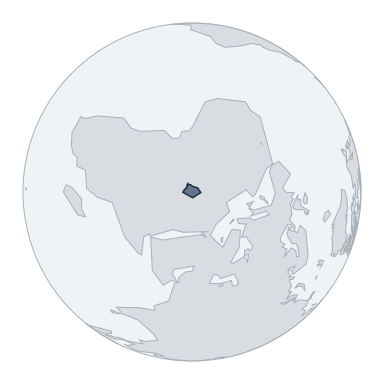 Ennedi highlighted on a globe, orthographic projection, rotated 120°
{"feature_id": "TCD-5579", "entity_name": "Ennedi", "entity_type": "Préfecture", "adm_level": 1, "iso_a3": "TCD", "parent_name": "Chad", "parent_adm1": "", "projection": "orthographic", "projection_center": [22.297, 18.351], "detail": "fine", "context": "on_globe", "style": "filled", "palette": "slate", "viewbox_px": 384, "rotation_deg": 120, "n_neighbors": 0, "source": "natural_earth", "source_scale": "10m", "svg_char_len": 9821}
<svg xmlns="http://www.w3.org/2000/svg" viewBox="0 0 384 384"><g transform="rotate(120 192 192)"><circle cx="192" cy="192" r="169" fill="#eef3f6" stroke="#a8b0b8"/><path d="M166.8,24.9L164.1,25.4L143.1,30.5L145.2,30.1L138.6,32.4L138.5,33.0L134.6,34.3L138.0,33.7L141.6,32.5L144.2,32.0L144.5,32.3L139.6,33.8L138.7,33.9L137.5,34.6L134.9,35.2L136.3,35.1L130.3,37.2L136.7,35.8L132.2,38.1L128.1,39.4L128.1,38.3L118.5,40.3L114.3,42.2L108.5,45.3L98.6,52.7L94.2,55.5L88.5,60.0L91.1,58.6L96.5,54.7L99.9,53.7L106.0,49.7L108.3,48.9L114.8,45.5L114.3,47.2L110.3,50.8L104.9,53.8L103.0,55.7L108.5,54.1L98.8,61.6L93.1,70.1L90.6,72.2L84.9,73.3L83.9,69.5L76.6,72.9L81.8,72.1L75.3,78.3L74.4,80.1L75.1,80.9L77.7,79.2L75.6,81.9L69.6,83.1L71.5,80.7L73.3,80.2L72.8,78.7L68.8,80.5L65.8,83.9L62.8,84.4L60.7,87.0L58.8,88.9L62.5,84.5L55.9,92.7L52.8,96.3L60.3,86.2L68.5,76.7L77.4,67.8L87.0,59.6L97.1,52.2L107.8,45.5L118.9,39.7L130.4,34.7L142.3,30.5L154.5,27.3L166.8,24.9ZM27.4,153.8L27.1,155.0L27.4,153.8ZM26.0,160.7L27.0,156.2L25.9,162.2L26.8,167.5L26.3,169.1L26.8,185.0L30.3,195.2L31.1,203.3L30.4,206.9L32.3,210.1L32.4,212.9L42.6,224.8L50.1,235.7L51.4,245.4L48.1,253.4L52.1,274.1L48.0,276.0L51.7,284.0L56.7,293.1L56.1,292.4L49.0,281.9L42.7,271.0L37.2,259.6L32.5,247.9L28.8,235.8L26.0,223.5L24.1,211.0L23.2,198.4L23.2,185.8L24.1,173.2L26.0,160.7ZM35.1,129.4L34.5,130.8L34.6,130.5L35.1,129.4ZM114.6,44.9L114.7,45.2L113.5,45.7L114.6,44.9ZM117.4,43.3L115.9,43.6L117.0,42.9L117.9,42.7L117.4,43.3ZM119.0,43.1L119.1,41.7L121.0,40.5L126.0,39.0L119.0,43.1ZM142.6,32.0L138.8,33.3L141.6,31.9L142.6,32.0ZM143.7,31.3L148.7,28.8L154.5,27.5L151.7,28.4L158.9,26.7L159.2,27.1L155.3,28.2L151.5,28.9L154.6,28.6L143.7,31.3ZM211.8,24.2L212.2,24.3L210.4,24.1L211.8,24.2ZM145.5,31.7L146.0,31.1L151.0,29.8L150.9,30.7L149.3,30.8L145.5,31.7ZM160.6,26.1L164.3,25.5L165.6,25.7L167.2,25.5L159.7,27.0L160.6,26.1ZM148.4,31.3L150.8,31.2L148.7,32.2L145.4,32.1L148.4,31.3ZM152.4,29.2L154.7,28.7L153.4,29.2L152.4,29.2ZM142.7,36.4L143.2,35.5L145.8,34.7L142.7,36.4ZM151.8,31.1L152.5,30.8L153.6,30.4L154.7,30.6L151.8,31.1ZM161.2,27.2L160.9,27.5L164.3,26.5L165.4,26.9L160.2,27.9L162.9,27.6L163.3,27.8L158.6,28.5L161.2,27.2ZM159.2,29.9L152.9,31.8L151.4,33.5L149.0,34.2L151.9,31.4L159.2,29.9ZM159.3,29.0L158.7,29.7L156.0,30.0L154.7,29.8L159.3,29.0ZM168.0,26.8L167.7,26.0L168.8,25.8L168.0,26.8ZM159.3,30.3L160.8,29.8L159.5,30.4L159.3,30.3ZM165.9,27.7L165.7,27.4L167.0,27.2L165.9,27.7ZM164.0,29.4L162.0,29.9L161.1,29.7L164.0,29.4ZM165.3,28.5L167.2,28.4L162.0,29.3L165.0,28.4L165.3,28.5ZM167.2,27.6L167.9,27.4L167.2,27.8L167.2,27.6ZM168.7,30.1L162.3,31.3L160.3,30.8L166.7,29.6L168.7,30.1ZM263.9,39.1L267.3,40.8L281.9,49.2L279.7,47.6L292.2,56.0L303.9,65.4L314.7,75.9L317.3,78.7L318.2,79.7L322.7,85.0L321.8,84.0L318.9,80.6L322.0,85.0L317.9,80.4L322.3,86.5L325.2,89.6L324.1,87.1L329.6,95.0L333.7,100.2L338.9,108.5L347.5,126.8L349.3,134.8L350.3,137.9L348.6,135.9L350.0,143.4L356.1,157.4L357.2,162.4L357.8,174.6L357.1,171.0L352.6,165.8L354.4,178.1L357.9,185.1L359.2,195.8L357.7,194.3L356.1,185.1L354.5,183.0L353.0,172.4L348.0,158.6L346.3,163.6L344.7,157.5L337.6,147.4L334.1,154.4L329.8,175.2L332.3,191.2L329.5,199.8L318.6,179.8L313.1,165.2L309.6,168.0L298.1,157.7L279.5,161.6L276.5,158.0L273.1,160.7L264.9,158.1L260.2,152.1L255.4,153.4L268.0,169.0L273.1,167.8L276.8,160.2L279.4,166.1L287.2,170.2L279.8,187.1L251.6,205.3L248.3,193.5L223.9,162.4L224.3,158.6L224.1,158.2L223.8,157.5L222.2,163.7L217.8,157.6L231.4,179.7L233.9,189.5L251.2,206.1L249.7,208.2L255.1,211.3L271.6,204.2L271.9,208.2L264.4,228.1L241.0,255.8L243.8,271.6L241.6,285.1L226.4,295.2L227.1,304.8L219.2,308.8L218.3,314.1L211.5,320.0L200.5,325.6L182.4,325.9L181.8,321.3L173.4,312.0L162.1,288.1L167.1,276.9L165.7,267.8L152.6,246.8L155.5,235.3L151.8,230.1L144.4,231.0L140.2,224.8L135.6,224.3L107.1,225.6L98.2,216.6L87.1,190.7L92.2,181.8L92.8,170.4L127.2,136.3L134.8,139.2L162.3,135.9L165.8,137.4L162.9,146.1L183.8,157.0L190.1,149.7L208.7,155.1L220.8,154.2L224.5,137.7L204.6,138.7L200.8,131.0L216.4,123.4L233.7,123.3L232.8,120.3L221.5,114.4L225.2,108.8L217.6,112.0L220.9,114.8L216.3,117.1L212.9,114.8L214.4,112.7L209.1,111.7L203.7,122.5L206.4,126.5L192.7,129.0L196.1,136.1L192.5,139.6L185.5,128.9L185.9,124.9L173.2,113.8L171.5,118.1L183.4,129.1L179.8,128.3L177.6,135.0L176.5,129.2L164.0,116.9L151.4,119.2L135.9,135.1L128.5,136.0L122.0,132.2L127.1,115.7L143.2,115.6L145.2,110.5L141.6,102.9L146.7,103.8L147.2,100.9L153.3,100.8L161.3,94.2L167.4,93.7L170.2,85.4L173.7,84.2L171.0,89.3L172.4,92.9L187.5,92.5L190.3,90.7L190.9,85.5L194.9,86.4L193.6,81.5L202.0,79.5L190.6,78.1L191.0,72.9L195.8,68.9L193.9,67.1L186.0,73.7L184.7,76.7L186.8,79.5L181.5,88.4L176.4,89.9L174.2,80.3L166.8,81.7L168.4,74.3L188.8,59.8L197.6,57.3L212.8,63.2L211.0,66.3L204.7,65.5L210.9,70.7L210.2,68.1L213.6,69.1L214.8,64.9L217.3,65.5L214.3,60.8L217.4,61.1L219.3,64.0L223.8,58.8L230.2,58.6L230.0,57.2L228.0,55.8L237.5,56.9L237.0,55.9L233.7,55.1L230.4,52.7L228.4,49.1L231.8,49.6L233.0,51.0L240.6,55.1L243.2,59.2L244.4,59.1L242.9,55.7L233.7,50.7L231.5,48.4L236.2,50.3L234.3,49.4L234.3,48.5L237.5,48.2L232.4,46.0L227.7,36.9L233.3,36.1L238.0,38.4L238.2,34.4L244.6,34.9L241.5,34.0L239.6,32.1L237.5,31.9L235.9,31.4L230.0,27.8L231.2,27.8L225.2,26.3L223.6,26.0L222.3,25.8L218.7,25.2L230.3,27.4L241.8,30.5L253.0,34.4L263.9,39.1ZM115.8,154.6L115.0,157.9L115.0,158.0L115.8,154.6ZM252.6,131.8L262.6,131.1L257.1,121.7L260.5,120.8L257.3,118.1L256.6,121.0L248.9,113.6L252.8,110.3L251.1,106.3L247.6,106.4L241.7,113.9L252.7,124.2L250.9,128.6L252.6,131.8ZM26.9,167.5L26.8,170.0L26.5,169.2L26.9,167.5ZM31.8,141.6L31.6,143.7L31.3,143.0L31.8,141.6ZM32.7,135.8L32.5,136.6L33.9,132.6L31.9,140.3L31.3,140.2L32.5,136.3L32.7,135.8ZM43.3,111.8L42.9,112.5L42.9,112.4L43.3,111.8ZM75.7,78.2L76.1,78.2L76.1,79.4L75.0,79.8L75.7,78.2ZM83.4,80.3L79.8,84.6L81.5,81.6L79.2,82.7L79.9,78.2L89.4,73.0L84.9,76.0L83.4,80.3ZM83.5,71.3L82.0,74.4L83.3,71.3L83.5,71.3ZM143.9,86.8L146.1,88.6L143.9,91.7L136.2,93.7L139.2,89.1L143.9,86.8ZM149.6,90.6L149.6,81.3L154.4,80.1L151.7,82.2L154.9,82.4L151.4,86.0L156.0,94.5L154.4,98.0L141.1,98.9L146.3,96.5L143.9,94.7L149.6,90.6ZM141.2,63.9L141.3,61.0L151.6,62.0L150.3,64.6L142.6,66.4L139.5,64.4L141.2,63.9ZM127.7,41.2L127.1,40.9L128.5,40.4L130.1,40.2L127.7,41.2ZM142.7,36.1L132.0,42.3L130.7,42.2L126.0,46.7L120.7,48.1L124.0,45.1L116.4,49.9L117.3,47.7L112.5,51.2L120.3,44.2L120.8,42.9L122.2,43.7L127.0,42.3L129.2,41.3L135.8,37.6L139.1,34.5L144.4,33.1L147.2,32.9L147.2,33.4L143.8,34.1L146.3,34.3L141.3,35.7L142.7,36.1ZM177.4,37.8L173.4,37.3L177.5,40.1L172.6,40.7L173.4,41.0L169.9,42.4L167.2,44.8L164.9,44.8L164.8,45.8L162.5,47.0L161.6,48.4L157.2,49.0L155.7,50.9L154.4,50.2L153.1,53.3L152.1,51.4L149.1,53.0L151.6,54.0L130.0,56.5L121.7,59.8L115.2,63.9L114.4,60.6L119.9,54.9L128.4,49.1L136.5,46.7L134.6,45.9L138.0,44.6L138.1,45.7L140.0,43.2L142.7,42.6L150.3,38.8L151.3,36.2L154.1,35.0L155.1,35.7L157.2,34.0L160.9,34.7L163.0,34.0L168.8,34.1L169.5,36.4L171.8,35.4L176.2,35.8L177.4,37.8ZM170.2,30.2L172.2,32.2L170.4,33.7L161.1,32.8L158.7,33.4L152.6,33.4L155.3,31.5L156.8,31.6L158.8,31.3L157.2,32.0L160.1,31.2L162.2,31.5L165.0,31.0L164.9,31.7L170.2,30.2ZM169.5,134.2L172.2,134.6L176.3,134.3L175.0,138.7L169.5,134.2ZM160.8,125.9L163.2,125.3L163.4,130.9L160.6,130.7L160.8,125.9ZM164.4,120.5L163.3,124.9L162.3,122.4L164.4,120.5ZM173.2,88.7L175.8,88.1L176.1,89.3L174.7,91.1L173.2,88.7ZM188.5,48.0L186.5,47.0L187.2,46.5L185.8,43.6L189.3,43.2L191.6,44.8L188.5,48.0ZM221.2,140.7L217.8,144.0L215.9,142.6L217.5,141.8L221.2,140.7ZM195.4,141.6L201.3,143.5L194.9,142.8L195.4,141.6ZM192.1,47.0L191.1,45.8L193.5,46.4L192.1,47.0ZM191.8,42.8L194.6,43.2L189.6,42.8L191.8,42.8ZM273.2,336.5L273.2,337.4L271.1,338.1L273.2,336.5ZM269.0,279.4L256.3,303.4L248.7,304.5L248.0,298.3L253.2,284.1L262.2,278.9L266.8,271.8L269.0,279.4ZM359.2,216.4L359.0,217.4L358.5,217.5L359.1,214.2L359.8,211.8L359.2,216.4ZM359.0,214.3L357.7,209.9L352.8,192.2L354.7,190.9L359.1,199.5L358.9,202.2L359.7,206.3L359.0,214.3ZM360.7,202.0L360.7,193.9L360.7,188.8L360.8,187.9L360.5,179.8L360.7,202.0ZM333.0,192.5L336.4,200.8L334.6,203.3L333.0,192.5ZM352.0,142.4L351.9,144.3L351.1,142.0L350.6,138.3L352.0,142.4ZM346.1,122.7L345.4,121.3L343.5,117.2L346.1,122.7ZM220.9,45.1L219.0,49.2L220.0,52.7L224.2,55.0L217.4,53.8L215.9,48.5L220.9,45.1ZM226.5,37.7L222.7,36.1L224.8,36.0L226.0,36.3L226.5,37.7ZM223.9,37.3L218.4,37.1L216.7,35.8L221.3,36.2L223.9,37.3ZM205.3,41.2L204.5,42.4L202.6,41.8L205.3,41.2ZM213.9,24.5L212.3,24.3L213.0,24.4L213.9,24.5ZM234.9,31.3L232.8,30.6L233.7,30.5L234.9,31.3ZM227.5,28.8L227.9,29.4L226.1,28.5L227.5,28.8ZM229.1,30.9L227.4,29.5L231.1,31.3L229.1,30.9Z" fill="#d9dde1" stroke="#a8b0b8" stroke-width="1"/><path d="M188.1,184.1L188.5,184.3L188.8,184.5L189.2,184.7L189.5,184.8L189.8,185.0L190.2,185.2L190.5,185.4L190.9,185.6L191.2,185.7L191.5,185.9L191.9,186.1L192.2,186.3L192.6,186.5L192.9,186.6L193.2,186.8L193.6,187.0L193.9,187.2L194.3,187.4L194.6,187.5L195.0,187.7L195.3,187.9L195.6,188.1L196.0,188.2L196.3,188.4L196.7,188.6L196.7,189.3L196.7,190.0L196.7,190.7L196.7,191.3L196.7,192.0L196.7,192.7L196.7,193.4L196.7,194.1L196.7,194.8L196.8,195.5L196.8,196.1L196.8,196.8L196.8,197.5L196.8,198.2L196.8,198.9L196.8,199.6L196.8,199.8L196.7,199.8L196.3,199.7L196.0,199.7L195.7,199.7L195.1,199.8L194.9,199.9L194.5,199.8L194.3,199.8L194.2,199.6L193.9,199.5L193.7,199.5L193.4,199.5L193.4,199.4L193.2,199.4L192.9,199.5L192.7,199.5L192.7,199.4L192.5,199.2L192.4,199.2L192.2,199.1L191.9,199.1L191.7,198.9L191.6,199.0L191.4,199.0L191.2,199.0L190.9,199.1L190.7,199.0L190.5,198.9L190.4,198.9L190.3,199.0L190.1,199.0L189.4,199.1L189.2,199.3L189.2,199.2L188.8,199.1L188.6,199.0L188.4,199.1L188.2,199.2L188.1,199.3L187.8,199.5L187.4,199.7L187.2,199.8L186.9,199.8L187.3,199.4L187.0,198.7L186.4,196.7L186.7,195.4L186.7,194.1L186.7,193.1L186.0,191.0L185.6,189.2L188.1,184.1Z" fill="#64748b" stroke="#1e293b" stroke-width="1.5"/></g></svg>